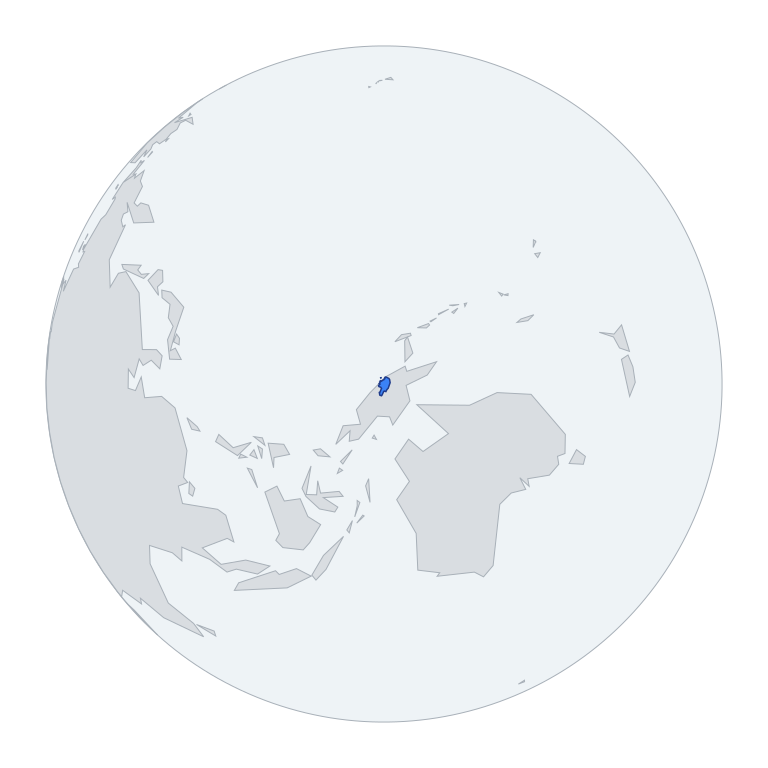 the Earth from above East Sepik, rotated 295°
{"feature_id": "PNG-1239", "entity_name": "East Sepik", "entity_type": "Province", "adm_level": 1, "iso_a3": "PNG", "parent_name": "Papua New Guinea", "parent_adm1": "", "projection": "orthographic", "projection_center": [143.363, -4.131], "detail": "coarse", "context": "on_globe", "style": "filled", "palette": "blue", "viewbox_px": 768, "rotation_deg": 295, "n_neighbors": 0, "source": "natural_earth", "source_scale": "10m", "svg_char_len": 6801}
<svg xmlns="http://www.w3.org/2000/svg" viewBox="0 0 768 768"><g transform="rotate(295 384 384)"><circle cx="384" cy="384" r="338" fill="#eef3f6" stroke="#a8b0b8"/><path d="M577.8,458.5L577.7,461.0L577.3,461.3L577.8,458.5ZM565.9,99.2L561.0,96.1L538.0,85.4L540.9,89.3L532.3,83.7L544.6,97.4L538.7,101.2L539.2,92.8L534.5,89.0L527.3,88.8L520.9,85.0L513.8,83.1L506.8,79.0L507.6,75.6L503.1,73.2L498.4,73.4L488.3,70.2L496.0,70.2L479.3,64.9L477.6,60.8L502.4,67.5L524.3,76.6L545.5,87.2L565.9,99.2ZM663.5,263.6L660.6,256.1L664.8,260.6L663.5,263.6ZM657.3,251.8L658.6,254.2L657.1,252.2L657.3,251.8ZM655.1,250.5L656.7,251.4L655.1,251.1L655.1,250.5ZM652.4,249.7L653.8,249.8L653.7,250.1L652.4,249.7ZM647.5,246.1L646.2,245.0L647.2,244.4L647.5,246.1ZM588.4,114.9L588.1,114.7L582.0,110.2L581.6,109.9L588.4,114.9ZM544.4,93.7L547.5,93.8L546.7,95.2L544.4,93.7ZM514.1,83.7L515.2,85.0L511.0,83.6L514.1,83.7ZM496.5,76.2L489.4,74.0L496.8,75.6L496.5,76.2ZM485.4,72.4L468.2,68.1L469.3,70.3L456.4,62.4L475.3,68.1L484.2,69.4L481.8,70.2L485.4,72.4ZM452.0,59.2L448.0,58.1L452.4,58.7L452.0,59.2ZM265.7,67.5L262.3,68.9L265.5,67.7L268.7,66.4L277.1,63.4L289.5,59.6L286.7,60.6L281.8,62.1L267.4,67.5L254.9,72.3L255.0,72.5L265.2,68.6L282.8,61.9L291.1,59.4L283.5,62.0L286.9,60.8L290.1,59.9L290.7,60.3L299.3,57.5L338.7,50.7L343.7,52.0L332.5,54.2L357.0,54.1L360.7,57.9L363.7,56.3L377.5,56.7L376.5,55.4L379.0,54.8L413.8,57.9L419.8,60.3L438.2,62.1L439.8,61.6L436.4,59.7L456.4,62.4L469.3,70.3L465.1,70.9L476.0,76.4L465.0,77.4L460.9,81.6L442.5,81.0L440.9,85.3L445.4,87.1L446.5,95.1L433.4,107.1L424.2,89.1L440.1,74.4L431.9,79.1L427.9,76.0L421.3,76.7L416.1,80.8L419.1,82.4L380.5,82.5L356.0,94.9L372.1,96.5L376.8,102.6L363.1,123.5L313.1,150.4L319.0,163.3L315.8,171.0L303.0,174.4L307.2,163.0L299.0,157.8L303.3,151.5L284.2,154.8L289.5,146.0L272.0,153.9L273.0,161.5L287.8,161.0L270.4,172.9L278.8,187.7L274.0,204.7L240.3,233.6L214.6,241.9L211.8,247.7L204.6,240.7L190.5,251.9L200.1,286.1L198.2,296.1L177.4,314.7L177.8,307.1L158.7,288.6L151.7,312.6L166.0,333.1L170.8,357.5L158.3,349.7L153.8,328.4L147.2,321.2L151.4,300.2L150.7,269.7L138.2,275.6L141.6,263.5L138.6,239.7L122.2,248.0L94.3,281.1L86.5,312.7L78.7,327.4L79.1,283.1L86.9,253.8L82.2,257.2L86.6,234.3L80.4,236.1L83.7,229.1L82.5,231.5L94.7,209.4L108.4,188.4L123.8,168.4L140.5,149.7L158.6,132.2L178.0,116.1L198.5,101.6L220.0,88.5L242.5,77.2L265.7,67.5ZM79.0,238.6L81.7,233.0L76.4,244.3L73.4,253.5L61.4,283.4L60.9,285.0L69.1,261.4L79.0,238.6ZM168.8,632.6L174.9,636.5L173.6,637.2L168.8,632.6ZM246.4,418.1L256.2,420.2L256.0,421.8L246.4,418.1ZM236.0,412.0L246.9,413.1L234.4,415.4L236.0,412.0ZM251.2,413.6L262.3,411.2L267.1,408.9L266.4,412.2L251.2,413.6ZM228.8,411.7L191.5,409.8L177.5,405.2L180.3,399.4L203.1,401.6L228.8,411.7ZM179.1,399.2L158.3,382.4L133.7,335.6L142.4,336.3L168.9,364.6L167.1,369.5L179.7,382.7L179.1,399.2ZM231.7,371.0L229.8,386.0L208.8,383.7L199.5,380.9L193.0,361.5L196.6,352.0L204.1,352.5L235.7,321.7L246.2,330.1L235.8,343.1L244.6,356.5L231.7,371.0ZM86.8,315.7L88.3,334.5L84.5,338.0L86.8,315.7ZM250.6,300.3L236.5,313.3L250.0,295.7L250.6,300.3ZM259.9,283.8L259.7,290.7L255.4,283.7L259.9,283.8ZM209.5,256.7L201.5,258.0L202.3,253.4L213.1,249.0L209.5,256.7ZM270.2,219.6L266.4,232.7L263.5,237.1L261.7,228.8L270.2,219.6ZM334.9,50.8L342.8,49.4L343.3,49.7L341.6,50.1L334.9,50.8ZM336.9,50.1L339.2,49.2L346.1,48.4L343.0,49.2L336.9,50.1ZM506.7,588.8L513.4,592.9L504.8,602.3L491.7,611.0L476.5,611.9L506.7,588.8ZM395.5,598.6L390.2,585.4L405.9,586.2L403.5,597.1L395.5,598.6ZM516.2,582.2L523.6,572.1L521.8,557.2L526.5,571.4L538.0,574.3L517.3,592.7L516.2,582.2ZM323.9,539.8L265.6,559.6L251.3,555.7L251.7,545.4L232.2,513.4L236.5,514.3L229.6,493.3L262.2,476.3L284.5,444.4L306.5,448.2L320.7,425.6L344.4,429.6L339.3,447.9L366.3,463.4L379.1,422.5L400.9,470.5L424.0,490.1L436.8,521.7L415.0,569.6L397.5,577.4L391.8,571.8L385.1,576.3L371.3,572.4L358.9,554.3L352.6,558.8L356.5,546.7L348.4,557.0L339.0,545.4L323.9,539.8ZM496.0,478.5L500.8,480.6L510.1,490.5L502.2,487.6L496.0,478.5ZM565.8,465.5L569.0,470.1L563.6,469.9L565.8,465.5ZM577.3,461.3L570.8,461.5L577.8,458.5L577.3,461.3ZM515.4,454.9L518.3,458.3L516.5,459.0L515.4,454.9ZM513.4,453.5L515.5,449.3L515.8,454.0L513.4,453.5ZM488.4,424.6L490.8,422.7L492.3,424.7L488.4,424.6ZM270.8,421.4L283.9,410.4L291.7,410.1L270.8,421.4ZM484.0,418.9L477.4,417.4L477.8,415.1L484.0,418.9ZM484.0,413.3L483.0,409.8L487.8,418.5L484.0,413.3ZM470.7,403.6L479.2,411.0L469.9,404.2L470.7,403.6ZM466.1,403.7L460.2,400.2L460.5,399.2L466.1,403.7ZM405.1,399.3L426.4,422.2L410.4,419.4L392.1,404.6L379.7,414.6L350.5,409.3L356.6,402.9L352.1,391.6L323.3,384.3L317.4,376.7L327.3,373.0L308.9,365.8L328.9,364.6L337.6,379.7L349.1,369.8L370.1,375.0L391.2,382.4L409.1,395.6L405.1,399.3ZM330.0,396.2L333.5,396.6L330.6,400.6L330.0,396.2ZM449.1,390.4L457.6,398.8L456.7,400.4L452.7,398.7L449.1,390.4ZM413.0,393.6L431.9,384.5L436.6,385.4L424.2,397.1L413.0,393.6ZM426.9,376.0L436.1,379.0L441.2,386.5L439.4,388.1L426.9,376.0ZM288.9,379.1L288.3,383.0L283.2,379.5L288.9,379.1ZM295.4,377.3L310.9,383.0L294.1,380.5L295.4,377.3ZM251.0,360.2L255.1,369.8L268.3,364.8L258.3,372.6L267.7,388.7L264.9,394.4L255.4,377.0L252.9,394.2L247.2,393.5L243.5,378.4L249.1,360.8L254.8,353.8L278.9,352.5L251.0,360.2ZM295.1,365.8L291.1,354.6L294.2,347.8L298.4,353.8L295.1,365.8ZM280.3,328.2L270.9,315.4L261.4,319.3L281.4,304.0L287.0,318.7L280.3,328.2ZM273.7,301.3L264.7,304.7L274.5,295.8L273.7,301.3ZM263.0,300.6L262.9,292.4L269.5,293.9L263.0,300.6ZM278.1,302.0L281.3,288.3L283.8,296.6L278.1,302.0ZM262.5,274.2L275.1,288.4L257.2,281.5L260.6,255.7L268.5,255.6L262.5,274.2ZM332.9,181.7L333.3,175.4L341.6,174.9L339.0,179.3L332.9,181.7ZM369.0,170.1L343.9,172.8L323.9,176.3L328.3,179.7L320.5,189.9L315.9,179.2L332.7,169.1L347.2,168.5L352.9,160.5L365.8,156.4L368.4,146.4L375.2,142.9L377.2,152.2L369.0,170.1ZM369.0,142.2L378.2,126.3L392.2,130.9L393.4,135.3L383.2,140.4L376.4,137.6L369.0,142.2ZM384.6,124.1L378.1,121.6L378.1,99.2L381.6,95.9L389.0,113.7L383.3,112.6L380.8,117.7L384.6,124.1ZM447.4,58.7L447.9,58.2L450.2,59.2L447.4,58.7ZM378.1,54.1L381.9,53.5L384.4,54.3L378.1,54.1ZM393.7,52.5L388.2,52.0L395.2,52.1L393.7,52.5ZM375.6,51.2L386.5,51.5L374.4,51.9L375.6,51.2Z" fill="#d9dde1" stroke="#a8b0b8" stroke-width="1"/><path d="M382.4,379.4L384.9,379.9L385.5,380.5L386.1,380.6L386.2,380.9L386.7,381.0L387.9,382.1L388.7,382.1L389.2,382.5L389.6,382.0L390.8,382.2L391.2,383.2L391.1,386.1L390.4,387.2L387.8,389.0L381.9,389.6L380.2,389.0L377.9,388.9L377.7,387.2L377.1,386.9L373.0,386.9L372.3,386.7L372.1,385.2L372.2,384.8L374.4,383.3L374.9,383.6L374.8,383.8L379.0,383.6L379.3,382.9L379.7,382.4L379.5,380.6L379.8,380.0L380.4,379.7L382.2,380.4L382.4,379.4ZM385.3,379.6L384.9,379.5L384.9,379.2L385.4,379.4L385.3,379.6ZM388.1,378.6L388.3,378.4L388.5,378.7L388.4,378.8L388.1,378.6Z" fill="#3b82f6" stroke="#1e3a8a" stroke-width="1.5"/></g></svg>